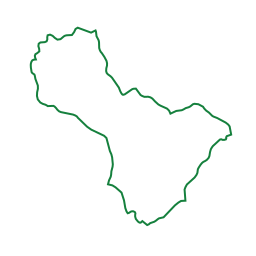 the Administrative Zone of Dhawalagiri, rotated 276°
{"feature_id": "NPL-1125", "entity_name": "Dhawalagiri", "entity_type": "Administrative Zone", "adm_level": 1, "iso_a3": "NPL", "parent_name": "Nepal", "parent_adm1": "", "projection": "mercator", "projection_center": [83.63, 28.648], "detail": "fine", "context": "isolated", "style": "outline", "palette": "green", "viewbox_px": 256, "rotation_deg": 276, "n_neighbors": 0, "source": "natural_earth", "source_scale": "10m", "svg_char_len": 2396}
<svg xmlns="http://www.w3.org/2000/svg" viewBox="0 0 256 256"><g transform="rotate(276 128 128)"><path d="M182.2,24.7L184.0,25.1L185.3,25.8L186.1,27.1L186.5,29.2L188.3,28.3L190.0,27.8L191.7,28.2L192.9,29.8L194.9,31.8L197.4,31.4L200.1,30.3L202.5,30.4L203.9,31.9L204.7,36.3L205.7,38.0L207.6,38.5L209.9,38.2L211.8,38.4L212.7,40.7L211.8,43.4L209.9,45.9L208.5,48.6L209.3,51.6L212.5,54.7L213.3,55.9L213.8,57.4L214.6,62.5L217.8,64.4L221.0,65.5L222.5,67.5L219.0,81.3L221.6,85.5L220.4,86.1L216.0,87.1L212.2,89.6L210.4,90.2L204.5,91.0L202.4,91.9L200.8,93.0L199.7,94.2L196.2,97.1L192.5,99.6L190.2,100.4L187.9,100.6L185.2,100.2L182.4,100.3L180.6,101.0L179.4,102.2L177.6,105.3L176.3,106.9L167.2,114.7L163.7,116.5L161.8,117.8L160.8,118.8L160.5,119.6L161.1,121.2L167.1,128.2L167.6,129.4L168.0,131.7L162.1,137.1L161.4,138.6L160.7,141.0L161.2,144.8L160.8,147.2L159.8,149.2L157.7,151.6L157.4,151.9L154.6,155.7L153.6,158.0L151.4,164.7L150.2,166.3L149.2,167.3L146.7,168.7L150.0,174.2L151.3,179.6L152.3,181.3L153.8,183.3L155.0,186.2L156.0,187.7L158.4,190.1L159.0,191.5L159.0,195.5L157.0,200.4L155.3,201.8L153.5,203.9L151.8,206.9L148.9,210.5L148.3,211.8L147.3,215.5L143.6,224.6L141.9,227.3L140.2,228.9L132.2,231.3L130.2,227.1L129.0,226.6L127.9,226.8L126.9,226.5L126.2,224.8L126.1,223.1L126.5,222.2L126.3,220.9L125.4,220.0L118.9,214.3L117.3,213.4L115.5,212.6L112.6,212.1L108.7,211.9L106.7,211.3L104.5,209.7L103.2,208.1L102.2,206.5L101.0,205.3L99.2,204.1L96.1,202.5L94.3,201.8L90.6,201.7L88.5,201.0L85.7,199.4L78.0,192.5L75.1,191.3L72.7,190.7L61.7,192.7L61.0,188.4L59.1,185.9L56.0,182.8L42.9,172.7L41.4,168.3L40.4,167.1L38.6,165.3L37.5,163.9L35.7,160.0L34.4,158.8L33.5,157.2L36.9,152.0L35.2,150.5L35.1,149.3L36.0,147.7L38.4,145.3L40.6,144.4L42.3,144.2L43.9,144.3L45.0,143.7L45.7,142.1L45.6,140.8L45.2,139.7L43.6,137.7L43.2,136.6L44.8,135.3L48.1,133.7L55.6,131.6L63.1,128.3L67.7,121.8L69.3,118.5L69.9,114.0L73.9,114.6L77.7,115.9L79.9,116.1L83.2,116.0L87.8,116.7L90.3,116.7L97.1,115.3L100.1,114.2L103.2,112.4L115.8,107.6L117.8,105.0L122.5,91.7L125.0,87.2L132.9,77.1L134.1,76.0L134.9,74.4L135.6,72.0L136.8,59.6L137.4,57.7L138.8,55.8L140.3,54.4L141.7,52.7L142.2,51.5L141.4,45.9L141.5,45.8L142.5,43.6L143.1,40.7L144.2,38.1L147.0,35.3L150.4,34.1L154.1,33.9L157.6,34.3L160.8,33.9L167.1,30.8L170.4,29.8L171.4,29.3L172.6,27.1L173.5,26.3L177.9,25.1L180.5,24.7L182.2,24.7Z" fill="none" stroke="#15803d" stroke-width="2"/></g></svg>